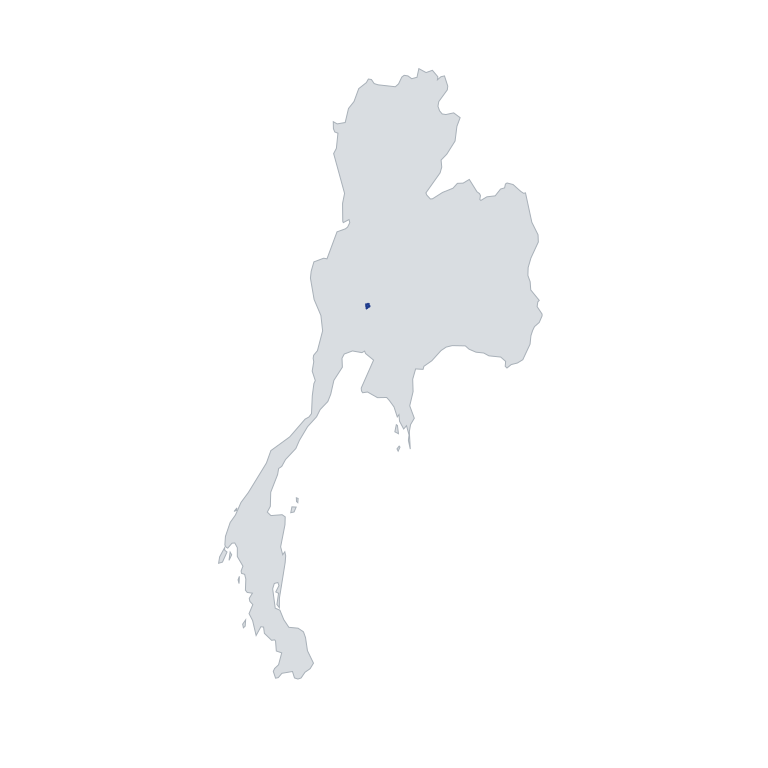 location of Samko, Ang Thong, Thailand, rotated 18°
{"feature_id": "78962969B27943810698325", "entity_name": "Samko", "entity_type": "district", "adm_level": 2, "iso_a3": "THA", "parent_name": "Thailand", "parent_adm1": "Ang Thong", "projection": "equal_earth", "projection_center": [100.248, 14.6], "detail": "fine", "context": "in_parent", "style": "filled", "palette": "blue", "viewbox_px": 768, "rotation_deg": 18, "n_neighbors": 0, "source": "geoboundaries", "source_scale": "gbopen_adm2", "svg_char_len": 4961}
<svg xmlns="http://www.w3.org/2000/svg" viewBox="0 0 768 768"><g transform="rotate(18 384 384)"><path d="M340.3,75.2L340.8,78.2L343.2,74.2L346.3,72.3L352.6,81.0L353.3,84.7L348.8,98.5L349.5,103.2L352.4,107.0L355.9,109.2L359.6,108.6L366.5,104.6L374.1,107.2L373.7,116.4L376.5,131.0L372.7,146.0L369.1,153.4L371.9,159.9L372.1,165.9L364.8,189.3L366.3,191.1L370.9,193.7L372.9,192.9L380.5,183.7L389.1,176.5L391.8,170.5L397.2,168.5L401.9,163.1L413.1,172.5L416.0,173.4L417.5,175.0L418.1,178.9L419.4,179.5L424.0,174.2L431.6,170.7L434.6,162.6L438.1,160.2L437.7,156.3L438.9,154.8L445.1,154.4L454.6,158.6L457.9,159.5L459.5,158.5L474.6,184.5L484.4,194.5L486.9,201.3L484.8,218.7L485.1,228.7L487.3,236.3L491.4,241.6L494.5,249.2L505.8,256.5L504.9,258.4L505.7,263.1L512.7,268.6L513.3,270.4L512.6,277.5L509.4,282.9L508.8,287.3L508.8,292.7L510.6,301.0L508.5,318.0L504.4,322.8L499.0,326.2L496.0,330.8L493.8,329.7L492.7,324.9L486.7,322.3L475.1,324.8L469.3,323.7L461.6,325.3L454.1,324.6L449.6,322.6L437.0,326.4L431.7,329.7L427.9,334.6L422.3,347.1L416.5,354.8L416.6,358.0L409.4,359.9L409.8,370.6L414.0,382.2L415.2,396.8L423.4,407.2L421.8,414.4L422.8,421.5L429.1,437.8L424.6,430.0L423.6,424.8L418.3,416.7L416.6,420.7L410.3,414.6L407.7,408.5L406.8,411.2L400.6,402.7L394.3,398.1L390.7,396.0L382.0,399.0L370.8,396.7L366.4,398.9L364.7,397.5L363.6,394.9L366.7,364.5L357.0,360.7L355.4,358.7L353.3,361.0L343.8,362.3L336.9,367.8L336.1,372.5L339.2,380.9L335.2,396.0L336.5,410.2L336.0,418.0L331.2,428.0L330.0,436.0L324.5,448.2L321.0,463.6L320.1,472.6L313.7,486.2L312.2,494.0L309.9,496.9L310.8,503.0L309.7,521.9L313.7,535.5L312.6,541.9L317.1,544.1L327.5,539.8L331.1,540.9L333.3,548.4L336.0,570.8L340.4,577.7L341.5,574.2L343.6,577.8L345.2,584.5L350.7,619.9L353.6,629.1L350.3,626.8L348.4,615.6L345.3,615.2L346.4,608.2L344.4,605.6L341.3,607.6L341.4,613.2L349.8,630.8L354.9,631.3L361.5,639.1L368.7,644.8L377.7,642.8L384.0,644.6L387.7,649.4L393.6,661.3L403.2,671.3L401.7,677.6L397.9,682.6L396.0,689.2L393.3,691.2L389.7,691.2L385.8,685.7L376.3,690.7L374.2,695.9L371.8,697.3L367.5,691.5L367.9,688.3L370.5,683.6L369.8,671.3L364.1,671.2L360.3,662.0L359.1,661.1L356.3,662.5L347.3,658.1L344.6,652.4L341.9,652.9L340.1,662.7L332.1,649.5L326.6,644.1L327.4,634.3L323.6,632.2L322.1,629.5L323.5,623.6L318.3,624.5L315.9,622.9L312.9,612.3L310.3,608.1L307.0,608.1L305.9,606.0L306.1,600.8L297.8,593.4L295.1,585.0L291.2,581.3L288.6,582.4L286.1,588.4L284.2,588.0L282.4,586.3L280.3,577.9L280.5,563.2L283.2,554.6L284.6,540.8L288.5,529.2L296.6,495.5L297.0,482.3L310.7,463.4L319.8,441.8L322.8,438.6L324.2,434.6L319.4,417.2L317.2,405.2L317.6,402.0L311.7,393.9L310.3,384.5L308.7,381.5L308.2,378.4L310.4,372.9L309.2,352.4L302.8,338.3L291.4,325.2L281.3,306.0L279.9,299.2L279.6,289.5L287.8,283.0L291.1,282.6L292.3,253.8L299.4,248.3L300.9,246.0L301.6,241.1L299.9,238.4L295.4,243.1L294.5,242.0L288.8,225.1L287.6,214.9L264.9,180.4L265.9,174.6L262.7,159.7L259.3,159.5L257.0,156.8L254.7,150.2L259.1,151.1L266.3,147.3L265.1,132.9L268.2,124.6L268.7,110.9L274.1,102.8L274.9,98.8L277.9,98.3L281.8,101.3L285.9,101.3L302.9,97.8L305.1,94.1L306.1,86.6L307.8,84.2L311.6,83.6L316.0,85.1L320.6,82.1L319.7,73.3L327.8,74.8L333.1,70.7L340.3,75.2ZM286.6,592.3L285.4,603.3L282.1,605.6L281.1,599.2L283.0,588.9L283.9,591.3L286.6,592.3ZM338.5,528.2L338.0,533.5L335.1,535.2L334.4,529.3L338.5,528.2ZM409.6,419.3L413.1,426.8L409.1,426.1L408.3,418.9L409.6,419.3ZM325.6,659.3L323.8,656.1L325.3,651.1L326.8,657.2L325.6,659.3ZM291.9,593.5L291.1,599.6L289.6,591.4L291.9,593.5ZM338.7,523.5L337.1,522.8L335.8,519.3L337.7,519.4L338.7,523.5ZM305.9,611.6L307.8,618.6L305.7,615.3L305.9,611.6ZM418.7,439.1L418.2,443.5L416.4,441.7L417.6,438.4L418.7,439.1ZM282.7,549.8L280.8,551.5L282.4,547.3L282.7,549.8Z" fill="#d9dde1" stroke="#a8b0b8" stroke-width="1"/><path d="M344.0,312.8L344.0,313.0L343.9,313.1L343.7,313.1L343.5,313.3L343.3,313.3L343.2,313.3L343.2,313.2L343.1,313.3L343.1,313.5L343.0,313.4L342.9,313.5L343.0,313.5L342.9,313.5L343.0,313.7L342.9,313.7L343.0,313.8L342.9,313.8L343.0,314.0L342.9,314.1L342.7,314.0L342.7,314.3L342.6,314.2L342.4,314.2L342.4,314.3L342.4,314.5L342.5,314.7L342.5,314.8L342.7,315.0L342.8,315.0L343.0,315.0L343.3,315.2L343.2,315.2L343.2,315.3L343.1,315.5L342.9,315.7L342.9,315.8L343.0,315.9L343.3,315.7L343.5,315.7L343.5,315.8L343.6,316.0L343.8,316.2L343.8,316.3L343.7,316.4L343.7,316.5L343.8,316.5L343.7,316.8L343.8,316.9L343.8,317.0L343.8,317.3L343.8,317.5L344.0,317.7L344.2,317.4L344.3,317.4L344.5,317.2L344.8,317.0L344.8,316.9L344.9,316.7L344.9,316.4L344.9,316.2L344.9,315.9L345.0,315.9L345.1,316.0L345.2,315.9L345.3,315.9L345.6,315.6L345.5,315.4L345.8,315.4L346.0,315.3L346.0,315.2L346.3,315.1L346.4,314.9L346.4,314.7L346.4,314.4L346.2,314.4L346.2,314.2L345.9,314.1L345.7,314.2L345.7,314.3L345.4,314.2L345.3,313.9L345.4,313.6L345.2,313.5L345.2,313.4L345.0,313.2L345.0,312.9L344.9,312.8L344.9,312.7L344.9,312.4L344.7,312.4L344.5,312.6L344.4,312.8L344.2,312.8L344.0,312.8Z" fill="#3b82f6" stroke="#1e3a8a" stroke-width="1.5"/></g></svg>